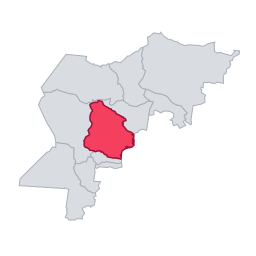 map of Nigeria with Democratic Republic of the Congo, Chad, Mali and 7 others greyed out, rotated 278°
{"feature_id": "NGA", "entity_name": "Nigeria", "entity_type": "country or territory", "adm_level": 0, "iso_a3": "NGA", "parent_name": "Africa", "parent_adm1": "", "projection": "robinson", "projection_center": [7.751, 9.075], "detail": "fine", "context": "with_neighbors", "style": "filled", "palette": "rose", "viewbox_px": 256, "rotation_deg": 278, "n_neighbors": 10, "source": "natural_earth", "source_scale": "50m", "svg_char_len": 9842}
<svg xmlns="http://www.w3.org/2000/svg" viewBox="0 0 256 256"><g transform="rotate(278 128 128)"><path d="M218.7,175.8L219.7,186.9L219.2,189.6L220.1,192.6L222.7,195.5L225.1,202.1L223.3,201.6L215.9,203.1L214.6,206.4L215.6,208.7L214.0,220.1L218.4,223.1L219.6,222.1L219.9,227.8L216.4,227.7L212.9,222.6L209.4,221.9L208.5,219.2L205.6,220.8L202.0,220.1L200.5,217.7L195.4,217.4L195.2,215.7L191.5,215.3L185.5,216.4L185.9,210.2L184.4,208.3L184.0,205.1L184.8,201.9L183.8,199.9L183.8,196.6L178.2,196.7L178.6,194.8L176.3,194.8L176.0,195.7L173.2,195.9L171.3,200.3L168.8,199.5L164.2,200.7L161.4,196.3L159.0,189.3L145.4,189.2L140.6,190.4L139.9,188.8L141.1,188.2L142.0,184.6L143.7,183.5L144.9,184.1L146.5,182.1L149.0,182.1L149.3,183.6L151.0,184.5L157.5,177.0L157.4,172.7L159.4,167.7L164.6,162.5L165.1,160.8L166.0,157.1L166.3,149.5L168.5,143.4L169.2,136.6L171.0,134.0L173.5,132.3L180.2,136.0L187.0,137.5L189.0,134.0L191.1,134.5L196.2,131.9L198.0,133.0L199.5,132.9L200.2,131.6L201.9,131.1L208.3,131.8L209.9,131.3L212.7,135.6L214.7,136.2L220.7,134.6L221.8,136.8L225.8,140.3L225.6,146.4L227.4,147.1L224.2,150.3L221.5,155.5L221.3,159.6L220.2,161.6L220.1,165.6L218.8,167.0L217.5,173.4L218.7,175.8Z" fill="#d9dde1" stroke="#a8b0b8" stroke-width="1"/><path d="M192.4,56.4L193.1,77.1L189.2,76.7L186.0,83.8L187.0,85.0L185.5,86.6L186.0,88.8L184.4,92.9L186.0,92.6L187.0,94.6L187.1,97.6L188.8,99.2L188.8,100.4L185.9,101.3L183.6,103.4L180.3,109.1L176.0,111.5L170.3,111.7L170.8,113.5L166.5,117.4L160.7,119.4L158.8,118.1L157.9,119.4L154.1,119.8L154.8,118.4L152.7,112.7L150.7,111.8L148.0,108.7L149.0,106.3L154.9,106.5L152.4,101.7L152.2,94.8L150.4,91.5L150.8,89.0L147.9,88.9L147.9,85.5L146.0,83.6L147.9,76.7L153.7,71.8L153.8,65.0L155.5,54.4L156.4,52.2L154.5,50.4L154.4,48.7L152.7,47.4L151.5,39.3L156.0,36.4L192.4,56.4Z" fill="#d9dde1" stroke="#a8b0b8" stroke-width="1"/><path d="M31.6,95.5L31.2,90.0L29.5,88.5L28.6,82.3L30.1,81.3L30.9,78.3L35.5,79.6L38.1,78.6L39.9,78.9L40.6,77.7L58.9,77.7L60.0,74.0L59.2,73.4L55.8,28.3L62.7,28.2L92.7,51.0L93.8,53.5L98.7,55.8L98.7,59.1L103.7,58.6L103.7,70.6L101.2,74.1L100.8,77.3L90.5,78.6L88.8,80.5L82.9,80.7L81.8,79.7L79.3,80.4L75.0,82.6L74.1,84.2L70.5,86.6L69.9,87.9L68.0,89.0L65.8,88.3L64.5,89.5L63.8,93.1L60.1,97.4L60.2,99.2L58.9,101.4L59.2,104.5L56.2,105.9L55.5,103.7L53.4,104.1L52.5,105.7L47.1,105.3L45.7,103.8L46.0,102.2L45.4,101.6L44.5,102.2L45.6,99.1L42.3,94.3L41.3,94.2L37.5,96.8L33.5,94.8L31.6,95.5Z" fill="#d9dde1" stroke="#a8b0b8" stroke-width="1"/><path d="M96.2,125.9L92.4,126.5L91.3,122.9L91.6,110.9L90.7,109.9L90.5,107.3L87.5,103.9L88.1,101.2L89.7,100.6L90.6,98.3L92.9,97.8L95.4,94.7L97.1,94.7L100.6,97.7L100.4,99.5L101.4,102.6L100.5,104.7L101.0,106.1L97.3,110.9L96.4,114.2L96.2,125.9Z" fill="#d9dde1" stroke="#a8b0b8" stroke-width="1"/><path d="M151.5,39.3L152.7,47.4L154.4,48.7L154.5,50.4L156.4,52.2L155.5,54.4L153.8,65.0L153.7,71.8L147.9,76.7L146.0,83.6L147.9,85.5L147.9,88.9L150.8,89.0L150.4,91.5L149.1,91.8L149.0,93.4L148.1,93.5L145.0,87.8L143.9,87.6L140.3,90.5L134.3,88.7L133.0,89.4L130.3,89.3L127.6,91.5L125.3,91.6L119.8,88.9L117.6,90.2L115.3,90.1L113.6,88.2L109.0,86.2L104.1,86.8L102.9,88.0L102.2,91.0L100.9,93.1L100.6,97.7L97.1,94.7L95.4,94.7L93.9,96.3L94.0,92.7L88.7,91.5L88.6,89.0L86.1,85.6L85.5,83.2L85.9,80.7L88.8,80.5L90.5,78.6L100.8,77.3L101.2,74.1L103.7,70.6L103.7,58.6L110.1,56.3L123.2,46.0L138.6,36.1L145.8,38.3L148.3,41.2L151.5,39.3Z" fill="#d9dde1" stroke="#a8b0b8" stroke-width="1"/><path d="M150.4,91.5L152.2,94.8L152.4,101.7L154.9,106.5L149.0,106.3L148.0,108.7L150.7,111.8L152.7,112.7L154.8,118.4L151.8,125.1L150.7,126.1L150.5,133.9L152.7,136.6L154.8,141.2L156.9,142.8L157.6,146.7L157.3,149.6L149.9,147.0L128.3,146.7L128.9,142.5L127.1,139.1L125.0,138.2L124.1,135.9L122.9,135.1L124.2,130.0L126.3,124.9L127.7,124.9L130.4,121.8L132.1,121.8L134.7,123.9L137.9,122.1L140.0,115.2L142.5,113.1L146.2,102.2L150.1,98.2L150.8,95.5L149.0,93.4L149.1,91.8L150.4,91.5Z" fill="#d9dde1" stroke="#a8b0b8" stroke-width="1"/><path d="M88.1,101.2L87.5,103.9L90.5,107.3L90.7,109.9L91.6,110.9L91.3,122.9L92.4,126.5L88.7,127.6L86.5,122.5L86.1,119.9L87.2,115.2L86.0,113.3L85.6,105.4L83.7,102.7L84.1,101.1L88.1,101.2Z" fill="#d9dde1" stroke="#a8b0b8" stroke-width="1"/><path d="M59.2,104.5L58.9,101.4L60.2,99.2L60.1,97.4L63.8,93.1L64.5,89.5L65.8,88.3L68.0,89.0L69.9,87.9L70.5,86.6L74.1,84.2L75.0,82.6L79.3,80.4L81.8,79.7L82.9,80.7L85.9,80.7L85.5,83.2L86.1,85.6L88.6,89.0L88.7,91.5L94.0,92.7L93.9,96.3L92.9,97.8L90.6,98.3L89.7,100.6L88.1,101.2L82.0,100.7L80.5,101.5L70.5,101.4L71.0,108.3L67.8,106.9L65.7,107.1L64.1,108.4L59.2,104.5Z" fill="#d9dde1" stroke="#a8b0b8" stroke-width="1"/><path d="M209.9,131.3L208.3,131.8L201.9,131.1L198.0,133.0L196.2,131.9L191.1,134.5L189.0,134.0L187.0,137.5L180.2,136.0L173.5,132.3L171.0,134.0L169.2,136.6L168.8,140.3L162.7,139.1L160.0,141.9L157.6,146.7L156.9,142.8L154.8,141.2L152.7,136.6L150.5,133.9L150.4,130.1L150.7,126.1L151.8,125.1L154.1,119.8L157.9,119.4L158.8,118.1L160.7,119.4L166.5,117.4L170.8,113.5L170.3,111.7L176.0,111.5L180.3,109.1L183.6,103.4L185.9,101.3L188.8,100.4L189.3,102.7L192.0,105.9L191.7,111.8L199.3,117.7L199.4,119.4L204.4,124.4L205.6,127.5L209.1,129.6L209.9,131.3Z" fill="#d9dde1" stroke="#a8b0b8" stroke-width="1"/><path d="M168.8,140.3L168.5,143.4L166.3,149.5L166.0,157.1L165.1,160.8L164.6,162.5L159.4,167.7L157.4,172.7L157.5,177.0L151.0,184.5L149.3,183.6L149.0,182.1L146.5,182.1L144.9,184.1L141.9,181.7L138.7,184.9L134.9,179.3L138.4,176.5L136.7,173.0L138.3,171.7L141.4,171.1L141.8,168.7L144.2,171.3L148.3,171.5L149.7,169.0L150.3,165.5L149.8,161.5L147.6,158.4L149.6,152.3L148.4,151.3L145.0,151.7L143.7,149.0L144.1,146.7L149.9,147.0L157.3,149.6L157.6,146.7L160.0,141.9L162.7,139.1L168.8,140.3Z" fill="#d9dde1" stroke="#a8b0b8" stroke-width="1"/><path d="M146.3,87.1L147.0,88.2L147.8,89.4L148.4,90.3L148.9,92.7L148.9,93.2L148.9,93.4L149.0,93.6L149.0,93.9L149.4,94.1L150.0,94.2L150.5,94.4L150.8,94.8L151.0,95.2L151.0,95.4L151.0,96.0L150.9,96.8L150.7,97.4L150.8,98.1L150.8,98.4L150.7,98.6L150.4,98.8L150.0,99.1L149.1,99.8L148.8,99.9L148.4,99.9L148.1,100.1L147.7,100.4L146.8,101.8L146.1,103.2L145.8,104.4L145.5,105.5L144.8,106.2L144.8,106.6L144.7,106.8L144.7,107.4L144.6,108.2L144.5,108.7L144.4,108.8L143.7,109.1L143.3,109.4L143.1,110.0L143.0,110.7L142.8,111.5L142.7,112.2L142.6,112.6L142.4,112.9L142.0,113.3L141.7,113.6L140.9,113.7L140.5,114.6L140.1,115.4L140.1,115.6L139.8,117.1L139.2,118.2L139.1,118.6L139.1,119.0L138.4,120.0L138.2,120.2L138.0,120.6L138.2,121.0L138.4,121.3L138.1,121.7L137.5,122.3L137.1,122.6L137.1,122.8L137.0,123.6L136.9,123.8L136.7,124.1L136.3,124.5L136.0,124.7L135.6,124.9L135.2,125.0L135.0,124.9L134.8,124.6L134.6,123.6L134.5,123.4L134.3,123.2L133.8,122.7L133.3,122.1L132.6,121.7L132.4,121.8L132.2,122.4L132.1,122.6L131.8,122.7L131.2,122.7L130.8,122.6L130.7,122.5L130.6,122.3L130.5,122.1L130.0,122.5L129.3,123.1L129.0,123.2L128.9,123.3L128.6,123.9L128.3,124.5L127.9,124.8L127.5,125.1L127.3,125.3L127.0,125.6L126.4,126.3L125.5,127.2L125.3,127.7L125.0,128.4L124.8,129.2L124.6,130.1L124.4,131.5L124.0,132.2L123.6,132.9L123.4,133.4L123.2,133.8L123.2,133.7L123.0,133.9L122.7,133.8L122.5,133.5L122.2,133.4L121.8,132.9L121.7,133.0L122.2,134.3L122.0,134.8L120.8,134.8L119.8,135.0L119.0,135.0L118.7,134.8L118.5,134.3L118.4,134.3L118.4,134.6L118.2,134.8L117.4,134.8L117.0,134.5L116.7,134.1L116.4,134.0L116.5,134.1L116.8,134.5L116.8,135.0L116.1,135.6L115.7,135.7L115.5,135.4L115.3,135.0L115.3,134.3L115.1,133.9L115.1,134.3L115.1,134.6L115.1,135.3L115.4,135.8L114.9,135.9L114.4,135.9L114.3,135.7L114.2,135.3L114.1,135.2L114.0,135.9L113.8,136.0L113.6,136.0L112.8,136.1L112.7,136.1L112.7,135.8L112.7,135.4L112.4,135.7L112.4,136.2L112.3,136.3L111.8,136.2L111.3,135.9L111.0,135.7L110.5,135.3L109.6,134.3L109.4,133.9L109.1,133.3L108.9,132.8L108.6,131.8L108.7,131.7L108.9,131.8L109.0,131.7L108.6,131.6L108.5,131.1L108.6,130.7L108.9,130.6L109.2,130.5L109.3,130.3L109.4,130.0L108.6,130.4L107.9,130.0L107.8,129.7L108.2,129.5L108.7,129.5L109.0,129.3L108.8,129.2L108.5,129.2L108.4,129.1L108.4,128.8L108.1,129.1L107.7,129.3L107.4,129.1L107.4,128.7L107.1,128.3L106.2,127.1L105.2,126.1L104.3,125.4L102.8,125.1L99.9,125.1L99.7,125.0L99.9,124.9L100.2,124.8L101.1,124.2L100.0,124.5L99.6,124.5L99.2,125.2L96.6,125.3L96.3,125.3L96.3,125.0L96.5,124.2L96.5,123.8L96.6,123.5L96.5,123.2L96.4,122.8L96.4,122.1L96.5,121.9L96.6,121.7L96.5,121.3L96.5,120.0L96.6,119.8L96.7,119.7L96.5,119.2L96.4,118.8L96.4,118.3L96.3,117.7L96.2,117.5L96.3,116.6L96.4,115.4L96.3,114.9L96.4,114.5L96.5,113.6L96.5,112.7L96.7,111.4L97.2,111.3L97.9,111.2L98.2,110.6L98.4,109.9L98.3,109.2L98.5,109.0L98.7,108.7L99.2,108.1L99.2,107.5L99.3,107.4L99.6,107.2L99.9,107.2L100.3,106.9L100.5,106.4L100.7,105.5L100.4,105.0L100.4,104.9L100.5,104.6L100.7,104.3L100.8,104.2L101.2,104.2L101.3,104.2L101.6,103.2L101.2,102.4L101.2,101.9L101.1,101.3L101.0,100.8L100.9,100.5L100.8,100.4L100.7,100.2L100.0,99.1L100.0,98.6L100.3,97.9L100.5,97.5L100.8,97.3L100.8,97.2L100.7,97.0L100.6,96.8L100.6,96.5L100.6,96.3L100.7,96.1L100.7,95.6L100.7,94.9L100.7,93.8L100.7,93.2L101.3,92.7L102.1,91.9L102.5,91.1L102.8,90.4L103.0,88.3L103.2,88.2L103.5,88.1L104.3,87.3L104.9,87.1L105.4,86.9L106.1,86.8L106.6,86.8L107.4,86.9L108.1,86.8L108.6,86.4L108.8,86.2L109.2,86.2L110.8,86.7L112.4,87.3L112.6,87.2L112.9,87.3L113.3,87.6L113.9,88.2L114.2,88.6L114.4,88.8L115.2,90.2L115.5,90.5L115.8,90.7L116.1,90.8L116.3,90.7L116.6,90.6L116.9,90.3L117.3,90.1L117.7,90.2L119.7,89.0L119.9,88.9L120.5,89.0L121.1,89.2L122.7,90.4L124.1,91.2L125.0,91.5L126.2,91.7L128.1,91.7L129.5,90.0L130.0,89.7L130.7,89.3L130.9,89.3L132.0,89.0L134.2,88.8L136.3,88.9L136.7,89.0L137.5,89.2L138.9,89.7L139.5,90.3L140.4,90.3L141.1,90.2L141.3,89.7L141.9,89.0L142.4,88.7L142.9,88.4L143.7,87.9L144.4,87.7L145.0,87.2L145.5,87.1L146.3,87.1ZM117.4,135.5L117.0,135.7L116.7,135.6L117.1,134.9L117.3,135.1L117.6,135.2L117.4,135.5Z" fill="#f43f5e" stroke="#9f1239" stroke-width="1.5"/></g></svg>